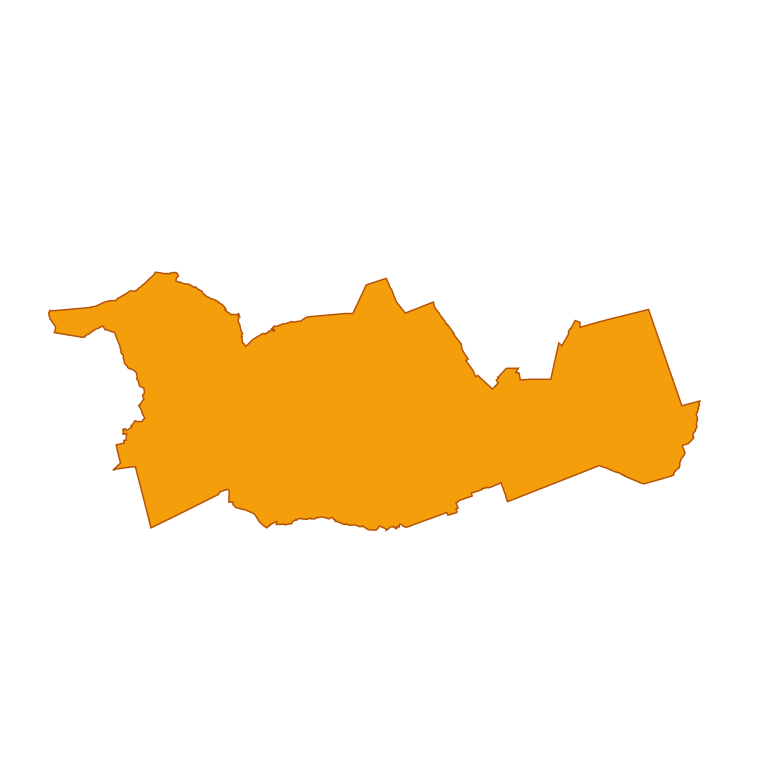 outline of Loreto, Zacatecas, Mexico, rotated 158°
{"feature_id": "50627088B14254391912134", "entity_name": "Loreto", "entity_type": "district", "adm_level": 2, "iso_a3": "MEX", "parent_name": "Mexico", "parent_adm1": "Zacatecas", "projection": "natural_earth1", "projection_center": [-101.92, 22.274], "detail": "fine", "context": "isolated", "style": "filled", "palette": "amber", "viewbox_px": 768, "rotation_deg": 158, "n_neighbors": 0, "source": "geoboundaries", "source_scale": "gbopen_adm2", "svg_char_len": 6155}
<svg xmlns="http://www.w3.org/2000/svg" viewBox="0 0 768 768"><g transform="rotate(158 384 384)"><path d="M154.7,360.2L167.3,361.7L181.0,363.1L179.2,367.8L183.0,371.2L190.4,365.1L191.3,365.3L193.7,362.9L193.4,362.0L195.5,360.1L204.4,353.1L204.3,352.8L204.6,352.6L206.6,356.5L227.6,325.9L247.4,333.9L253.4,335.7L256.0,336.9L254.7,343.7L257.6,345.2L253.5,348.2L264.3,352.6L265.5,352.4L275.1,347.8L276.0,347.7L275.7,346.7L278.5,345.4L277.7,342.2L285.3,338.7L292.5,353.8L293.6,356.7L296.4,356.6L296.3,362.8L299.3,375.1L298.1,375.1L296.6,375.6L298.1,382.2L298.6,387.4L297.4,392.4L300.0,401.1L300.7,405.0L300.3,405.0L302.8,415.2L303.3,415.0L303.9,417.2L304.2,420.2L305.9,426.2L306.4,429.3L307.8,433.9L308.3,436.7L307.5,441.5L337.7,441.8L341.8,455.7L341.6,468.6L342.1,470.3L342.3,481.1L363.3,482.5L386.5,461.0L393.6,463.9L429.5,474.8L432.0,474.8L435.1,474.2L437.1,473.6L438.4,473.5L440.0,474.3L444.1,475.0L446.3,476.5L451.7,476.7L455.1,477.6L462.9,477.7L463.6,478.8L465.1,478.5L466.2,477.8L465.9,477.3L466.2,476.9L465.5,474.5L465.8,474.2L467.1,474.9L466.6,476.5L467.6,477.3L468.0,477.1L468.4,476.0L469.3,475.7L470.8,476.2L471.3,475.1L472.2,475.4L473.3,475.0L473.5,475.4L475.4,474.7L475.6,475.5L478.4,476.4L478.7,475.9L482.4,475.5L489.0,474.4L492.6,472.9L493.0,472.3L493.5,472.4L498.2,470.7L498.6,473.4L499.7,475.3L498.7,478.5L498.8,480.9L497.8,480.9L497.9,482.2L497.4,482.8L496.7,483.1L496.2,483.7L496.6,487.5L496.3,487.8L496.3,490.1L495.7,491.4L495.5,494.3L495.9,495.0L495.3,498.1L494.7,498.3L494.4,499.1L493.9,499.6L493.2,501.9L493.1,501.2L493.2,501.3L493.4,500.9L492.5,500.6L492.8,502.2L492.3,502.8L492.5,503.6L492.9,503.9L494.2,503.1L496.7,504.6L500.0,505.6L500.4,507.0L502.7,510.1L503.7,512.2L503.6,512.5L502.6,512.3L503.1,515.3L504.3,518.3L506.6,520.8L506.2,521.2L506.6,522.0L509.7,525.9L512.1,527.5L513.5,529.4L516.1,532.0L516.1,532.7L517.2,534.6L517.3,535.3L517.9,536.1L518.2,538.5L519.5,539.7L519.6,540.3L520.7,541.3L522.5,544.8L523.5,544.7L524.7,545.6L525.6,547.3L526.7,548.3L527.9,549.9L530.9,551.3L533.5,553.2L534.1,554.2L534.9,554.8L536.1,555.0L536.5,555.9L537.6,556.7L538.3,557.5L536.9,559.8L536.0,560.4L534.3,560.9L534.1,561.3L534.4,564.0L535.1,565.3L537.5,566.2L539.6,566.5L541.0,567.1L543.0,566.7L543.3,567.5L544.3,568.0L546.4,568.6L550.3,571.2L554.1,573.3L556.9,571.2L561.9,569.5L569.7,566.3L570.9,566.3L572.5,565.4L575.6,564.7L577.1,564.0L578.5,563.7L579.4,563.2L580.5,563.7L582.2,564.2L584.0,565.4L585.7,565.2L587.4,564.7L597.4,563.2L598.5,563.3L601.2,561.9L608.9,564.3L614.4,564.6L621.9,564.1L627.0,565.1L627.0,564.8L658.4,574.3L663.7,576.0L664.7,576.6L665.8,576.7L666.6,576.5L666.6,576.9L667.0,576.4L668.0,576.1L668.2,575.8L668.5,574.0L669.1,573.0L668.8,571.8L669.4,569.1L668.9,568.2L667.7,562.6L667.4,561.8L667.1,559.8L669.6,555.7L670.5,555.2L645.8,540.1L643.4,539.7L642.9,540.5L641.5,540.9L640.2,540.8L637.4,541.3L632.8,542.5L629.8,542.9L627.6,542.7L623.1,543.1L622.1,538.6L620.6,538.2L619.9,537.3L614.4,532.5L614.7,527.1L614.6,518.4L615.2,516.3L615.0,514.5L616.1,511.8L615.8,510.3L614.8,508.6L616.0,505.9L616.3,503.8L616.2,503.1L616.4,502.4L616.8,500.2L616.0,497.9L615.6,497.4L615.3,496.3L615.4,495.4L615.1,494.7L614.7,494.0L613.9,493.7L613.7,493.1L610.8,490.8L610.9,490.1L610.1,489.2L609.5,487.6L609.6,486.7L609.5,486.3L609.8,485.3L609.7,484.6L610.0,483.7L610.8,482.0L611.5,481.4L610.6,478.8L611.3,475.7L611.4,473.9L610.4,472.4L609.5,471.9L609.1,470.8L608.2,469.9L609.5,465.1L611.6,464.5L612.3,463.3L612.2,460.2L612.6,460.3L613.7,459.2L616.6,457.2L617.4,457.0L617.8,456.1L618.2,456.3L619.5,456.1L618.7,450.4L618.9,449.0L619.2,448.4L618.9,447.6L619.3,446.7L618.5,442.1L620.6,441.2L622.5,439.8L627.0,441.7L628.7,443.2L633.5,439.6L634.1,440.1L634.3,438.4L634.6,438.5L639.2,437.4L640.1,437.5L640.4,438.1L640.4,439.3L643.2,439.8L643.1,437.7L643.7,437.6L643.7,436.8L644.5,436.1L644.7,435.1L641.3,434.4L644.2,428.6L646.5,429.2L647.1,426.6L655.0,427.9L655.4,426.8L657.2,415.0L657.8,409.5L667.7,405.6L663.3,405.3L648.3,401.4L645.5,400.4L652.5,348.0L654.0,337.9L626.4,339.8L579.0,343.6L576.3,345.5L568.3,345.0L567.7,342.4L572.1,332.8L570.3,331.7L568.6,331.3L568.1,330.6L569.2,329.2L567.7,325.0L561.3,320.2L559.9,319.5L556.3,315.7L554.2,313.8L552.6,311.3L551.1,302.9L549.1,298.4L546.7,294.6L542.3,295.7L542.2,296.4L535.1,296.6L536.5,294.1L528.4,291.1L528.5,290.5L521.8,289.2L520.7,290.2L518.9,291.1L516.9,290.7L516.7,291.4L515.4,290.5L513.9,291.4L505.9,287.2L502.4,287.4L502.3,286.3L499.4,285.1L498.3,284.9L496.2,285.5L495.7,284.9L494.9,284.7L492.5,284.4L491.2,284.0L485.6,279.6L482.2,279.9L481.2,277.1L480.2,276.5L480.7,274.9L479.2,274.4L478.3,273.0L476.3,272.0L476.2,271.2L474.2,269.2L471.7,267.9L471.3,268.5L470.0,267.0L468.5,265.7L463.9,264.4L459.8,260.7L458.9,260.4L457.9,260.6L458.0,260.2L457.5,260.0L457.3,260.0L457.0,260.3L453.2,254.8L446.2,251.5L443.5,252.5L441.4,254.1L436.2,248.7L436.8,247.5L435.4,247.7L431.6,248.9L429.3,248.7L429.3,248.2L427.9,247.1L427.7,245.8L427.1,245.6L426.8,245.8L426.6,245.3L425.8,245.8L426.1,246.5L425.0,246.9L424.8,246.4L424.3,246.7L423.4,245.8L422.1,248.2L420.3,247.1L419.5,245.1L417.9,243.4L416.5,242.7L373.8,241.3L373.9,238.4L364.9,237.6L364.2,237.9L364.1,241.1L361.8,241.1L361.7,246.8L360.3,246.8L359.2,247.2L358.3,247.9L344.2,247.1L344.0,250.0L332.5,249.4L332.5,250.2L329.4,249.9L329.5,249.6L326.9,249.5L326.5,249.4L326.5,248.7L323.2,248.3L312.4,248.6L312.7,243.6L312.9,235.8L313.5,230.8L313.5,228.6L214.9,227.7L212.8,225.6L210.5,223.9L202.6,216.0L199.3,213.5L195.9,209.7L196.5,209.9L194.8,207.9L183.0,196.1L180.8,194.3L179.6,194.0L172.4,193.2L160.9,191.8L160.6,192.0L154.0,191.2L149.3,191.1L149.2,192.2L148.7,192.8L146.0,194.5L141.6,195.8L140.1,198.0L139.1,200.5L137.6,201.9L136.9,203.1L135.1,204.0L132.6,205.5L131.2,206.7L130.6,207.7L130.7,209.1L130.5,210.2L130.6,214.7L129.8,215.4L124.6,214.7L119.4,216.8L118.5,217.4L117.2,217.7L116.7,218.5L117.2,220.2L115.3,222.7L112.9,223.8L112.1,225.3L110.0,226.8L109.2,230.3L108.6,231.3L107.0,233.0L106.6,234.2L106.4,234.2L106.1,235.9L105.9,238.9L104.8,239.8L104.4,240.4L104.1,240.3L102.6,242.2L101.5,243.6L101.8,244.2L99.8,245.9L99.2,247.1L99.3,247.7L97.5,249.9L116.0,252.3L110.8,354.0L154.7,360.2Z" fill="#f59e0b" stroke="#b45309" stroke-width="1.5"/></g></svg>